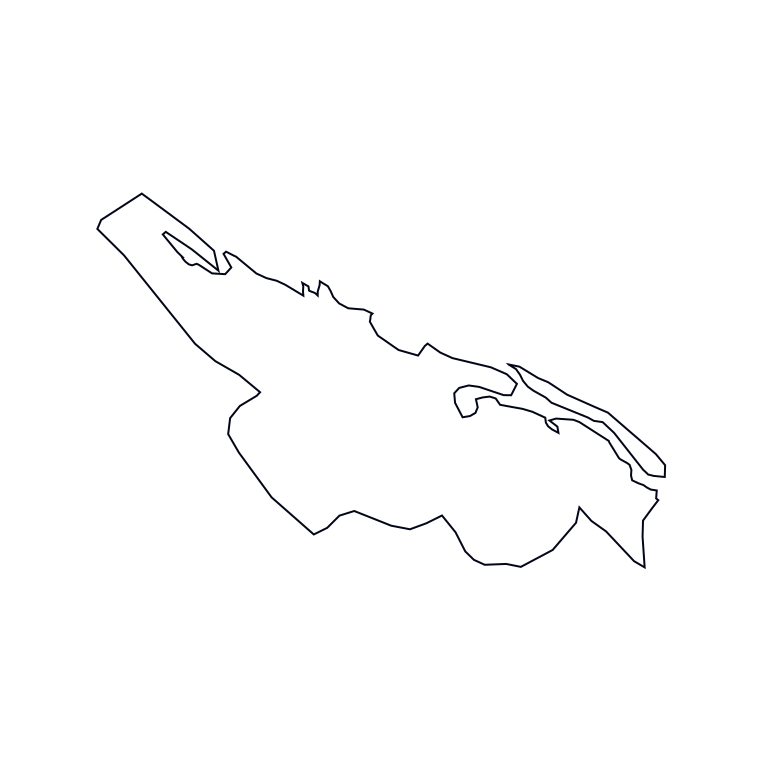 the District of Maḍakalapuva, rotated 319°
{"feature_id": "LKA-2452", "entity_name": "Maḍakalapuva", "entity_type": "District", "adm_level": 1, "iso_a3": "LKA", "parent_name": "Sri Lanka", "parent_adm1": "", "projection": "equal_earth", "projection_center": [81.59, 7.833], "detail": "fine", "context": "isolated", "style": "outline", "palette": "ink", "viewbox_px": 768, "rotation_deg": 319, "n_neighbors": 0, "source": "natural_earth", "source_scale": "10m", "svg_char_len": 2441}
<svg xmlns="http://www.w3.org/2000/svg" viewBox="0 0 768 768"><g transform="rotate(319 384 384)"><path d="M326.1,81.4L326.1,81.5L327.8,88.9L338.9,139.2L343.1,171.9L333.4,189.8L328.0,160.2L327.2,156.0L319.1,126.0L315.2,126.0L314.6,148.8L315.2,156.0L314.8,155.7L314.4,157.8L314.4,161.4L315.2,165.7L317.0,168.5L321.5,170.4L322.5,172.7L326.8,187.7L336.2,196.9L345.2,195.9L348.3,180.5L351.6,180.5L354.9,188.7L355.9,190.9L360.2,216.9L364.7,226.9L370.7,235.6L374.5,244.1L381.1,264.4L383.7,260.9L387.1,257.4L388.7,254.1L391.0,260.8L388.7,264.4L389.9,266.9L390.9,268.6L391.1,269.1L391.7,270.5L392.0,273.7L394.7,270.7L400.2,267.2L403.0,264.4L404.2,268.5L405.8,273.4L404.6,279.2L402.8,285.0L402.9,289.5L403.0,293.8L406.7,303.4L413.3,310.2L417.6,314.6L421.5,323.3L419.1,323.5L417.8,324.6L416.2,326.1L415.2,326.9L414.2,327.7L412.6,335.6L411.1,343.4L417.3,367.9L420.7,373.1L428.4,384.9L439.7,382.1L443.4,382.1L447.1,397.2L451.3,406.4L452.6,409.3L475.6,441.5L483.1,457.2L484.4,471.1L472.6,475.9L467.0,470.9L453.9,448.6L447.0,440.7L438.2,436.3L437.2,436.4L430.9,437.1L425.3,444.8L421.5,460.7L427.9,464.6L434.1,465.8L439.4,463.1L443.4,455.8L449.7,458.9L455.5,462.8L457.5,466.0L458.8,468.2L458.0,475.9L465.1,484.8L472.2,493.6L477.7,502.2L483.6,515.2L480.8,519.4L480.1,523.6L481.0,528.5L483.6,535.3L486.9,529.9L484.9,520.1L491.2,523.0L503.5,535.3L506.5,541.0L516.3,574.5L515.7,576.0L512.7,594.2L513.1,596.2L513.2,596.5L515.7,603.4L516.3,606.2L514.3,611.2L510.4,615.1L508.1,619.5L510.9,625.9L513.5,630.5L514.4,634.1L514.5,634.6L516.1,638.7L520.0,643.3L514.3,648.9L514.8,651.6L504.6,653.7L489.9,657.0L479.1,668.7L460.4,693.4L456.5,681.8L454.9,641.0L450.7,623.4L450.5,605.3L437.9,614.7L402.4,619.9L367.3,611.8L358.2,600.0L341.4,586.5L336.5,575.7L335.5,563.7L340.7,542.9L341.5,521.3L324.6,516.9L308.3,510.7L296.5,495.7L278.2,460.3L264.0,454.1L246.8,455.3L232.3,451.5L224.8,395.8L229.5,340.5L233.5,319.6L245.5,308.8L260.8,306.0L280.2,309.4L285.1,308.9L280.7,282.1L271.7,256.1L267.8,229.7L272.2,116.3L269.4,78.9L278.2,74.6L326.1,81.4ZM498.1,508.0L497.2,500.5L495.1,494.6L492.5,487.4L490.8,480.4L491.0,472.9L492.7,466.3L493.4,459.3L490.8,451.0L490.8,450.9L497.6,459.8L504.2,480.6L509.0,490.2L510.2,494.3L515.2,512.2L528.1,539.8L534.2,552.5L543.2,615.3L542.9,629.7L534.9,638.4L527.4,630.5L525.1,627.2L524.0,625.7L523.7,622.2L523.3,618.6L523.4,617.1L525.6,571.8L524.0,556.2L518.2,549.5L515.9,543.1L498.1,508.0Z" fill="none" stroke="#020617" stroke-width="2"/></g></svg>